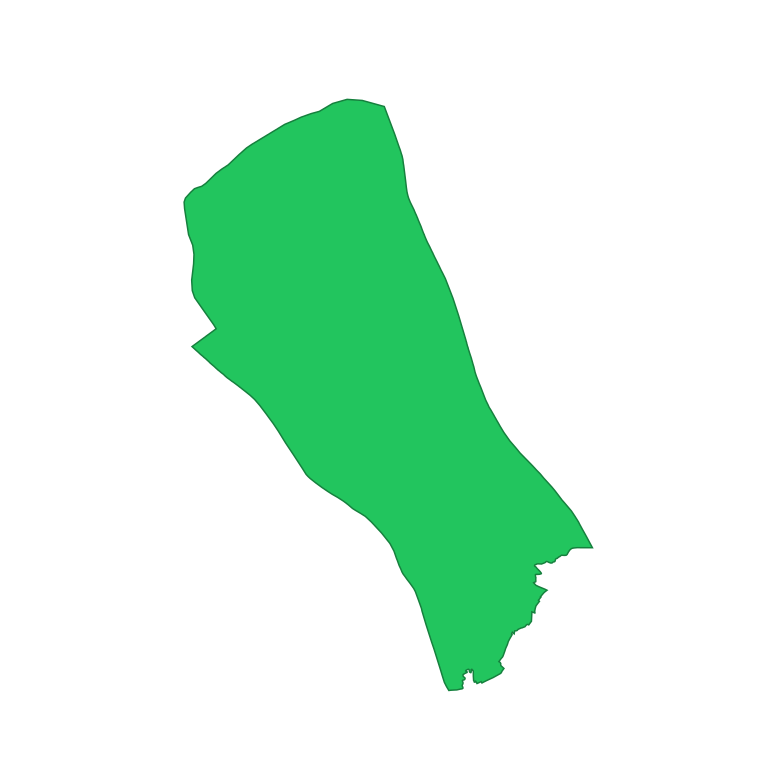 outline of Thanh Phu, Bến Tre, Vietnam, rotated 204°
{"feature_id": "81297802B66468397901634", "entity_name": "Thanh Phu", "entity_type": "district", "adm_level": 2, "iso_a3": "VNM", "parent_name": "Vietnam", "parent_adm1": "Bến Tre", "projection": "mercator", "projection_center": [106.488, 9.931], "detail": "fine", "context": "isolated", "style": "filled", "palette": "green", "viewbox_px": 768, "rotation_deg": 204, "n_neighbors": 0, "source": "geoboundaries", "source_scale": "gbopen_adm2", "svg_char_len": 6147}
<svg xmlns="http://www.w3.org/2000/svg" viewBox="0 0 768 768"><g transform="rotate(204 384 384)"><path d="M279.1,212.5L273.7,209.3L270.9,207.1L264.4,200.4L258.4,194.1L256.9,192.0L247.9,181.5L235.6,167.7L230.5,162.2L222.4,153.0L215.8,145.5L212.1,141.2L209.9,138.7L207.5,136.0L203.8,133.0L200.1,130.4L198.1,131.6L193.0,134.2L189.8,136.6L188.9,137.1L188.5,137.5L188.2,138.0L188.2,138.3L188.4,138.7L188.9,139.3L189.6,139.8L189.9,140.2L190.0,140.6L190.0,141.4L190.0,142.3L190.1,142.7L190.3,143.2L191.5,144.5L191.7,144.8L191.7,145.0L191.5,145.5L191.1,145.8L190.6,146.2L190.2,146.7L190.1,146.9L190.1,147.4L190.1,147.8L190.2,148.0L190.5,148.4L190.9,148.6L192.1,148.9L192.6,149.1L193.1,149.6L193.3,150.0L193.5,150.4L193.5,150.8L193.4,151.1L193.1,151.5L192.7,151.8L192.5,152.3L191.7,153.3L191.0,154.0L190.8,154.4L190.9,154.7L191.2,154.9L192.6,155.0L192.8,155.4L192.7,155.6L192.1,156.5L191.2,157.5L190.7,157.8L190.4,157.8L189.9,157.5L189.5,157.1L189.2,156.4L188.8,155.8L188.3,155.6L187.6,155.5L187.2,155.7L187.2,155.8L187.2,156.1L187.4,156.5L187.5,157.0L187.4,157.3L187.4,157.6L187.5,157.9L187.9,158.1L188.1,158.3L188.2,158.5L188.0,158.8L187.7,159.1L186.5,158.6L186.1,158.4L185.9,158.2L185.6,157.9L183.5,153.3L181.5,149.5L181.1,149.3L180.2,148.4L179.7,148.7L180.0,149.3L179.4,149.8L177.2,148.2L174.2,151.6L172.9,150.7L172.1,151.8L169.8,154.6L164.9,160.2L159.7,167.1L159.4,168.3L159.4,169.6L158.7,172.9L162.7,174.3L163.0,174.7L163.2,175.0L163.5,175.8L163.8,176.3L164.4,176.7L164.9,176.9L165.4,177.0L166.1,177.1L165.7,179.0L165.5,180.0L165.1,181.5L164.7,182.6L164.6,184.1L164.7,185.5L165.0,189.4L165.3,191.8L165.3,192.9L165.3,196.0L165.5,197.9L165.7,199.2L165.6,200.6L165.5,202.5L165.0,207.1L165.8,207.4L165.8,209.4L163.5,208.7L164.2,211.6L163.3,212.1L162.6,212.5L162.3,212.8L162.0,213.4L161.7,214.4L160.6,215.6L159.6,216.8L159.1,217.2L158.9,217.2L157.6,218.5L156.8,219.3L156.5,219.6L155.9,221.9L155.4,222.6L155.2,222.7L153.8,222.8L153.3,225.0L152.8,227.2L156.2,236.0L153.1,236.1L153.3,237.0L154.1,237.7L154.0,238.2L154.5,240.3L154.7,241.5L154.9,242.7L154.8,243.6L154.4,245.5L153.6,248.7L155.0,249.3L154.7,250.2L154.0,253.1L154.5,253.2L153.9,255.4L153.2,257.8L152.7,259.1L151.2,261.9L153.4,262.0L160.2,261.8L163.4,261.9L166.5,263.3L165.9,264.1L165.0,265.0L165.0,265.3L165.6,266.7L166.0,267.4L166.5,268.9L166.7,269.1L166.9,269.2L168.1,271.3L168.0,271.6L167.6,272.0L166.6,272.4L164.9,273.2L164.1,273.8L163.5,274.3L163.2,274.6L163.2,275.0L163.4,275.2L165.0,276.1L167.4,277.1L168.9,277.6L169.8,278.1L170.7,278.6L171.3,278.7L171.6,278.7L172.1,278.8L172.5,279.1L172.6,279.4L172.5,280.0L172.5,280.3L171.9,280.7L171.6,281.1L171.3,281.6L171.1,281.7L170.8,282.0L170.3,282.3L169.6,282.6L169.1,282.8L168.7,282.9L168.1,283.2L167.6,283.4L167.1,283.5L166.7,283.8L166.0,284.5L164.5,286.0L164.2,286.4L164.0,286.8L163.9,287.1L163.7,287.6L163.3,288.0L163.0,288.0L162.7,288.1L162.2,288.2L160.7,288.1L158.7,288.3L158.4,288.5L157.7,288.9L157.4,289.3L157.3,289.7L157.1,290.1L156.8,290.4L156.5,290.7L155.9,291.0L155.7,291.5L155.8,292.4L156.0,293.6L155.8,294.3L155.4,294.8L154.8,295.2L154.4,296.2L154.0,297.1L153.4,297.6L153.2,297.9L153.0,298.4L152.6,299.1L152.4,299.5L152.2,299.8L151.1,300.2L150.0,300.6L149.1,301.0L148.4,301.4L148.1,301.5L147.8,301.9L147.4,302.7L147.3,304.1L147.2,305.4L146.9,307.0L146.6,308.3L145.8,309.8L145.2,310.5L143.9,311.4L140.9,313.1L138.1,314.3L127.0,319.2L133.2,324.0L138.5,328.1L142.8,331.3L144.0,332.2L148.3,335.5L150.1,337.0L155.9,340.9L161.1,344.2L166.7,346.9L172.4,349.6L174.0,350.3L179.6,353.4L184.2,355.9L188.6,358.1L193.4,360.2L199.8,363.0L204.4,365.3L209.7,367.4L214.5,369.5L231.9,376.4L237.2,379.1L245.9,383.2L254.8,388.5L256.1,389.4L258.4,391.0L260.7,392.6L262.7,394.1L267.0,397.2L267.6,397.7L269.3,398.9L271.0,400.2L273.2,401.8L275.8,403.7L278.4,405.4L280.4,407.2L282.8,409.2L284.6,410.7L286.9,413.0L294.1,420.2L297.2,423.1L299.9,425.8L302.8,428.7L305.6,431.8L306.5,433.0L309.0,436.3L310.4,437.9L311.1,438.7L311.9,439.7L312.8,440.8L313.7,441.8L314.3,442.6L315.1,443.5L315.9,444.4L317.1,445.7L319.0,447.8L320.0,449.0L320.8,449.8L322.1,451.5L323.1,452.5L323.8,453.4L324.9,454.7L325.5,455.6L326.6,456.8L327.2,457.6L343.8,477.0L355.8,490.3L370.8,505.2L375.5,509.1L376.5,509.9L378.4,511.4L381.5,514.1L383.5,515.7L384.3,516.4L385.6,517.5L386.5,518.2L387.8,519.3L388.7,520.0L389.9,521.0L390.8,521.8L391.9,522.7L392.7,523.5L393.9,524.4L396.6,526.7L397.4,527.4L398.2,528.1L399.0,528.7L400.1,529.6L400.9,530.2L402.8,531.8L405.4,534.2L407.2,535.9L408.0,536.8L409.1,537.7L412.6,541.2L413.4,542.1L414.1,542.8L415.9,544.5L416.8,545.3L418.8,547.2L419.7,548.0L420.6,549.0L421.5,549.8L423.5,551.7L424.6,552.6L426.3,554.2L427.3,555.2L433.9,560.7L436.5,563.2L437.2,563.9L438.5,565.4L439.9,567.2L441.3,569.1L443.6,572.8L447.2,578.9L454.8,591.5L456.2,593.6L458.1,596.8L459.3,598.4L460.4,599.9L461.8,601.4L464.2,604.2L467.1,607.2L475.7,616.4L496.6,637.6L519.2,634.2L533.5,629.0L545.0,619.4L554.0,606.7L560.4,601.5L568.2,594.1L573.0,588.6L580.3,580.8L587.2,570.8L602.2,549.2L605.6,543.7L609.7,534.7L615.5,520.7L619.7,514.2L623.1,508.1L628.4,494.8L631.0,490.4L633.9,487.9L636.6,485.3L638.6,480.5L641.0,473.1L640.6,468.9L637.5,463.1L623.3,441.0L615.2,433.0L610.3,425.1L606.8,416.3L602.4,402.2L602.0,400.8L597.1,391.3L592.0,385.8L580.5,378.9L563.7,368.9L559.8,366.2L574.6,340.1L573.1,339.6L569.9,338.5L566.7,337.5L563.6,336.4L560.6,335.6L559.3,335.1L557.3,334.6L555.9,334.1L554.1,333.5L552.9,333.1L551.8,332.6L550.5,332.2L547.8,331.4L546.4,331.0L545.0,330.5L543.9,330.1L542.9,329.8L541.5,329.3L540.2,329.0L538.7,328.6L537.5,328.2L535.8,327.8L534.5,327.5L533.5,327.1L532.1,326.6L529.7,325.9L526.8,325.3L523.9,324.6L522.5,324.4L517.7,323.3L510.4,321.5L501.9,319.3L496.0,317.3L489.0,314.0L479.7,308.9L473.8,305.5L469.2,302.9L461.6,298.1L449.9,290.1L438.5,282.9L423.8,273.4L418.3,269.7L415.7,268.6L412.8,267.6L410.0,266.9L405.8,265.8L398.4,264.2L391.7,263.0L386.5,262.2L380.6,261.6L373.4,260.5L367.5,259.1L362.2,257.5L358.9,257.0L353.6,256.4L347.3,255.5L339.4,252.8L325.6,246.9L313.7,240.7L306.9,235.4L301.3,229.4L300.4,228.6L296.3,224.3L293.5,221.9L291.0,219.5L289.1,218.1L286.4,216.6L283.7,215.0L279.1,212.5Z" fill="#22c55e" stroke="#15803d" stroke-width="1.5"/></g></svg>